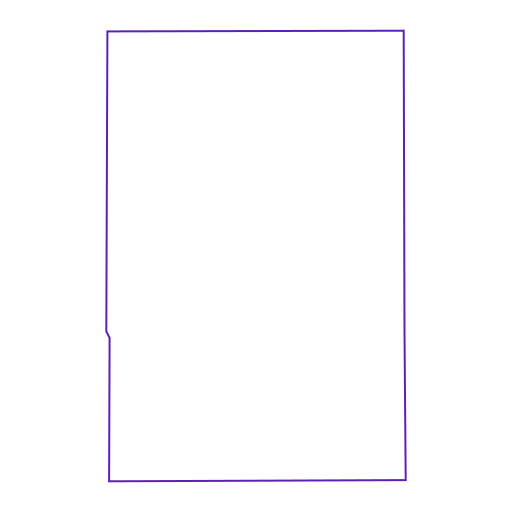 Antelope, Nebraska, United States of America (orthographic projection)
{"feature_id": "52423323B82245570198115", "entity_name": "Antelope", "entity_type": "district", "adm_level": 2, "iso_a3": "USA", "parent_name": "United States of America", "parent_adm1": "Nebraska", "projection": "orthographic", "projection_center": [-98.066, 42.176], "detail": "fine", "context": "isolated", "style": "outline", "palette": "violet", "viewbox_px": 512, "rotation_deg": 0, "n_neighbors": 0, "source": "geoboundaries", "source_scale": "gbopen_adm2", "svg_char_len": 221}
<svg xmlns="http://www.w3.org/2000/svg" viewBox="0 0 512 512"><path d="M405.7,480.1L404.5,330.6L403.7,30.7L107.4,31.4L106.3,331.4L109.6,337.8L109.1,481.3L405.7,480.1Z" fill="none" stroke="#5b21b6" stroke-width="2"/></svg>